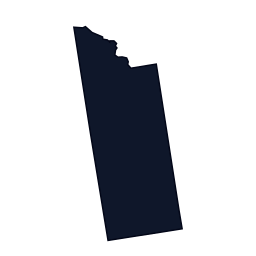 Custer, South Dakota, United States of America (Natural Earth projection), rotated 261°
{"feature_id": "52423323B69018347025322", "entity_name": "Custer", "entity_type": "district", "adm_level": 2, "iso_a3": "USA", "parent_name": "United States of America", "parent_adm1": "South Dakota", "projection": "natural_earth1", "projection_center": [-103.295, 43.667], "detail": "fine", "context": "isolated", "style": "filled", "palette": "ink", "viewbox_px": 256, "rotation_deg": 261, "n_neighbors": 0, "source": "geoboundaries", "source_scale": "gbopen_adm2", "svg_char_len": 563}
<svg xmlns="http://www.w3.org/2000/svg" viewBox="0 0 256 256"><g transform="rotate(261 128 128)"><path d="M20.1,90.7L20.1,109.0L20.1,111.3L20.1,111.9L20.0,144.5L20.0,145.4L20.0,149.6L20.0,160.6L20.0,165.7L39.1,165.5L186.7,165.9L186.6,140.2L190.8,137.6L193.4,138.6L197.4,137.6L199.1,133.4L199.5,129.1L202.2,126.4L207.0,127.9L208.8,129.6L211.0,128.3L213.3,129.9L216.2,127.8L216.9,123.8L215.7,123.4L218.2,121.4L219.7,117.0L221.9,117.1L228.0,107.4L234.8,101.8L234.0,99.0L236.0,90.3L127.4,90.1L20.1,90.7Z" fill="#0f172a" stroke="#020617" stroke-width="1.5"/></g></svg>